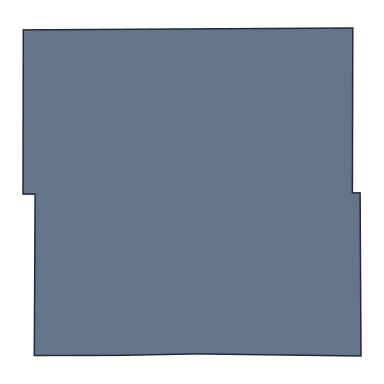 the district of Buchanan, Iowa, United States of America
{"feature_id": "52423323B70817605938932", "entity_name": "Buchanan", "entity_type": "district", "adm_level": 2, "iso_a3": "USA", "parent_name": "United States of America", "parent_adm1": "Iowa", "projection": "albers", "projection_center": [-91.886, 42.47], "detail": "fine", "context": "isolated", "style": "filled", "palette": "slate", "viewbox_px": 384, "rotation_deg": 0, "n_neighbors": 0, "source": "geoboundaries", "source_scale": "gbopen_adm2", "svg_char_len": 267}
<svg xmlns="http://www.w3.org/2000/svg" viewBox="0 0 384 384"><path d="M23.3,29.9L23.0,194.1L35.1,194.1L34.3,353.7L34.3,355.5L115.8,355.4L197.5,353.9L361.0,356.0L360.1,192.9L352.4,192.9L352.8,28.0L23.3,29.9Z" fill="#64748b" stroke="#1e293b" stroke-width="1.5"/></svg>